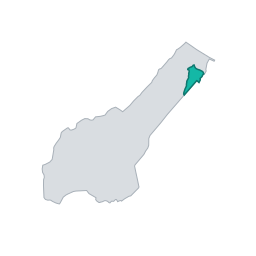 where Kouffo sits in Benin, rotated 221°
{"feature_id": "BEN-2176", "entity_name": "Kouffo", "entity_type": "Department", "adm_level": 1, "iso_a3": "BEN", "parent_name": "Benin", "parent_adm1": "", "projection": "robinson", "projection_center": [1.816, 7.113], "detail": "fine", "context": "in_parent", "style": "filled", "palette": "teal", "viewbox_px": 256, "rotation_deg": 221, "n_neighbors": 0, "source": "natural_earth", "source_scale": "10m", "svg_char_len": 2803}
<svg xmlns="http://www.w3.org/2000/svg" viewBox="0 0 256 256"><g transform="rotate(221 128 128)"><path d="M107.1,236.1L106.8,234.9L111.9,233.4L110.9,228.8L107.7,223.3L106.4,222.3L105.8,219.6L106.5,217.8L106.2,216.6L105.9,213.0L104.3,208.9L107.2,208.8L107.2,195.7L107.2,183.2L107.2,172.5L107.2,164.1L106.7,154.0L106.6,146.6L106.5,136.8L105.4,133.7L101.0,128.5L99.9,125.8L99.6,122.3L98.7,118.6L98.6,112.2L98.5,104.8L98.1,103.6L93.4,100.0L86.7,95.0L81.6,91.1L81.2,90.9L80.7,89.9L81.4,78.6L82.5,77.1L84.1,72.4L84.9,68.6L85.7,68.7L86.7,67.4L87.5,65.6L88.4,66.0L89.9,66.4L90.6,65.7L90.5,64.3L91.0,62.9L92.2,62.3L92.5,61.0L92.5,59.6L93.5,59.2L95.2,59.3L96.6,58.8L97.8,58.1L99.2,55.1L100.1,54.1L100.3,53.4L101.1,52.7L103.4,52.4L105.3,52.7L106.5,54.4L114.4,52.9L118.2,53.7L125.9,46.3L127.6,44.2L130.0,38.9L130.8,36.9L131.5,33.4L130.0,26.7L130.0,25.6L133.2,24.1L137.2,23.0L138.7,22.9L139.7,22.4L141.2,20.9L143.5,19.9L144.9,20.2L145.8,20.4L154.1,29.2L157.8,33.6L158.8,35.9L160.6,37.5L163.4,38.5L165.9,40.8L167.9,44.0L166.6,46.2L164.7,50.9L164.6,54.5L169.3,62.2L169.8,63.0L171.0,64.2L171.6,65.6L172.2,69.4L172.5,73.6L172.9,76.5L175.2,80.5L175.3,82.2L173.8,88.2L173.4,88.8L173.0,89.0L170.6,88.5L169.5,89.1L168.2,91.2L167.4,93.2L167.4,94.1L169.5,97.9L168.2,103.3L166.8,106.7L164.3,108.7L162.1,109.1L160.6,110.0L159.7,111.2L159.8,115.1L156.5,118.7L154.7,121.2L153.8,122.7L154.2,127.3L153.1,131.9L151.0,135.6L146.5,136.4L142.7,136.8L141.4,146.2L141.5,152.1L141.1,158.1L140.5,160.6L140.8,164.0L140.5,171.8L140.0,178.0L140.7,179.7L141.0,183.3L141.0,187.0L142.0,189.7L143.1,191.9L143.0,193.1L142.5,193.8L142.0,194.8L142.0,203.6L142.2,206.3L141.9,208.0L141.1,209.3L141.4,213.8L142.1,216.7L142.7,218.8L142.1,220.5L141.5,222.8L140.7,228.7L140.6,230.8L127.7,232.2L113.2,234.6L107.1,236.1Z" fill="#d9dde1" stroke="#a8b0b8" stroke-width="1"/><path d="M106.7,209.0L107.2,208.8L107.2,203.6L107.2,198.5L107.2,193.3L107.2,189.8L108.2,190.1L108.8,191.0L109.1,191.4L110.7,195.3L110.9,196.2L111.0,196.5L111.1,196.8L111.2,197.0L111.3,197.7L111.4,197.9L111.6,198.3L112.1,198.7L113.3,200.4L113.4,200.8L113.6,201.0L113.9,201.3L114.4,202.2L114.8,203.9L115.1,205.4L115.5,206.1L115.7,206.3L115.9,206.4L116.4,206.8L117.0,207.9L117.5,208.7L118.0,209.0L118.4,209.8L118.6,210.4L118.7,210.5L118.8,210.7L119.9,211.6L120.1,211.7L120.3,211.7L120.7,211.6L121.2,211.3L121.4,211.5L121.7,212.3L121.5,212.9L121.3,213.3L120.9,214.7L120.7,215.0L120.5,215.3L120.0,216.2L119.9,216.6L119.9,216.9L119.9,217.3L120.0,218.0L119.5,218.9L117.7,217.9L116.7,217.6L115.7,217.5L114.0,217.9L112.0,218.8L109.1,219.5L108.5,219.5L107.9,219.4L106.2,218.5L106.4,218.1L106.5,217.5L106.3,216.7L106.1,216.0L105.9,215.4L105.9,214.8L106.1,213.3L106.1,212.8L105.8,212.4L105.3,212.1L104.9,211.4L104.3,208.9L106.7,209.0Z" fill="#14b8a6" stroke="#0f766e" stroke-width="1.5"/></g></svg>